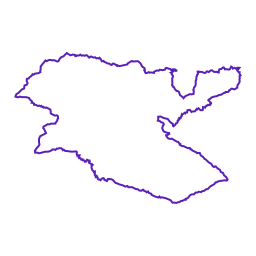 outline of Santo Domingo, Antioquia, Colombia
{"feature_id": "7082276B22533299830679", "entity_name": "Santo Domingo", "entity_type": "district", "adm_level": 2, "iso_a3": "COL", "parent_name": "Colombia", "parent_adm1": "Antioquia", "projection": "orthographic", "projection_center": [-75.13, 6.474], "detail": "fine", "context": "isolated", "style": "outline", "palette": "violet", "viewbox_px": 256, "rotation_deg": 0, "n_neighbors": 0, "source": "geoboundaries", "source_scale": "gbopen_adm2", "svg_char_len": 5740}
<svg xmlns="http://www.w3.org/2000/svg" viewBox="0 0 256 256"><path d="M239.4,67.8L237.2,67.7L236.3,68.9L234.7,67.8L232.9,68.6L232.4,67.5L231.2,66.6L230.0,69.0L229.1,69.6L225.9,69.1L225.0,69.4L224.0,67.6L223.3,67.3L221.4,68.9L219.5,69.2L218.8,70.5L218.8,72.5L218.4,72.6L216.6,71.8L214.3,72.0L211.9,70.3L210.6,70.5L208.7,72.1L207.1,71.3L204.9,73.1L201.5,71.8L199.6,72.0L198.3,71.4L197.6,71.6L198.0,73.9L197.1,74.9L197.1,75.6L196.5,76.6L196.2,80.0L195.7,80.6L195.7,84.6L195.0,86.4L194.1,87.5L193.3,90.1L193.8,90.8L193.6,93.9L191.6,94.4L189.9,94.1L185.3,96.2L183.5,98.2L182.6,97.0L180.0,95.1L179.0,92.0L177.9,91.1L176.5,90.9L174.6,88.7L174.1,87.3L172.9,86.7L173.0,86.2L172.0,85.1L172.4,83.6L172.2,78.6L173.0,76.5L172.7,75.3L171.8,74.5L171.6,73.6L171.9,73.0L171.0,72.6L173.2,71.4L173.8,70.4L175.6,70.9L177.2,70.6L175.8,70.2L174.8,69.3L172.5,69.3L172.3,70.3L171.9,70.3L171.1,70.1L170.3,69.1L166.2,67.9L165.6,68.2L165.1,69.5L162.8,70.2L159.7,69.7L158.7,70.7L156.6,70.5L154.0,71.9L153.9,72.9L150.9,72.4L149.8,72.7L148.7,72.1L147.0,73.0L145.7,73.1L144.8,71.6L144.9,70.8L144.2,70.2L144.8,69.4L144.5,68.1L142.3,66.7L140.3,63.1L138.0,61.2L132.7,61.5L132.2,61.2L132.0,60.3L131.9,60.9L127.8,63.3L127.4,64.4L119.7,66.1L117.7,65.6L117.4,65.2L116.9,65.3L116.9,65.8L116.6,65.7L116.2,64.8L114.6,64.3L114.0,63.7L112.6,63.7L111.7,65.0L110.4,64.6L109.5,63.7L107.0,63.3L106.0,62.5L104.2,61.9L103.6,60.9L101.8,61.3L100.6,58.9L99.5,57.8L98.9,58.5L97.8,58.1L96.4,58.4L95.2,57.3L93.6,57.6L91.2,56.5L90.3,56.7L89.8,57.5L89.2,57.6L86.9,55.3L85.9,55.2L84.7,55.8L83.2,55.3L81.6,55.7L80.4,54.6L78.6,55.6L76.9,55.4L76.2,56.1L75.3,56.1L75.0,54.9L72.8,54.6L70.4,55.3L66.7,53.1L63.4,56.4L61.4,57.0L61.0,57.7L60.0,58.3L58.5,61.1L57.9,61.5L56.9,61.4L54.0,60.1L52.6,60.4L50.7,59.9L48.9,60.0L46.6,61.2L45.5,60.4L40.7,66.4L40.6,70.0L40.2,70.9L40.4,72.1L38.6,73.1L34.8,73.7L33.6,74.7L32.5,74.2L31.6,75.8L29.5,77.3L28.7,78.5L26.9,78.8L26.7,80.9L27.6,83.0L26.7,84.8L24.5,85.4L24.1,88.5L21.8,89.5L18.6,92.8L16.4,94.2L15.4,96.4L15.5,96.8L18.0,97.3L20.2,96.6L21.5,97.1L26.4,97.2L29.2,98.0L29.6,99.2L32.0,101.4L31.7,102.8L32.9,102.9L34.1,103.7L34.0,104.7L36.0,104.9L38.0,106.0L39.3,105.6L40.7,106.4L41.4,105.9L42.3,107.0L43.2,106.8L43.6,107.6L44.1,107.4L45.7,107.8L46.4,107.5L47.9,108.2L50.3,109.6L50.6,110.5L50.8,113.5L54.2,115.3L55.0,115.6L56.9,115.3L57.9,116.2L58.1,118.5L57.4,119.2L57.2,120.8L55.5,122.8L55.4,123.6L50.8,123.7L49.4,124.4L47.8,124.2L43.5,126.7L43.2,128.0L44.3,129.4L46.0,133.2L40.2,136.2L39.0,138.8L39.0,142.4L39.5,144.3L38.7,145.9L36.5,148.3L34.9,150.8L35.2,152.7L36.7,152.5L39.4,153.3L44.7,151.8L48.7,151.6L51.5,150.4L52.3,149.5L53.8,149.4L55.5,149.9L56.8,148.6L57.7,148.7L59.4,148.1L61.5,148.3L62.9,150.2L63.7,149.6L64.9,150.8L71.8,151.7L76.2,151.4L76.9,152.1L76.7,154.0L77.3,155.7L77.7,155.2L79.6,155.3L78.8,157.7L79.2,158.3L80.5,158.2L81.3,159.7L82.6,159.3L82.8,160.3L84.2,160.4L84.9,161.8L86.3,161.5L86.3,160.9L87.0,159.7L88.7,160.5L88.8,161.3L89.6,160.8L89.8,161.5L89.4,162.0L89.3,163.0L91.9,164.2L91.7,164.9L92.5,165.1L91.7,165.9L91.5,167.4L92.1,169.7L93.5,171.2L93.8,172.1L94.9,171.6L94.8,175.1L95.3,175.8L96.0,175.7L95.9,176.7L96.5,176.3L97.1,176.4L97.0,177.2L97.7,177.6L97.6,178.7L98.4,179.5L99.8,179.5L100.5,180.2L102.2,178.4L103.4,178.1L104.0,178.5L104.5,180.1L105.6,180.2L106.9,181.1L107.4,180.6L107.6,179.2L108.0,178.9L111.6,179.3L112.7,179.9L115.8,183.1L116.8,183.2L119.1,184.3L123.0,185.4L125.2,186.6L127.5,186.0L128.3,187.2L132.2,187.2L135.9,189.1L137.7,189.2L139.3,190.5L141.5,190.7L142.4,189.9L143.4,189.7L143.8,190.7L145.9,191.5L146.6,192.3L148.1,191.5L148.8,192.9L151.3,193.8L151.6,194.9L155.0,196.5L158.4,197.5L159.4,196.5L160.4,197.7L162.1,197.3L166.0,198.3L170.6,200.2L172.5,202.7L174.2,202.6L176.2,202.9L179.9,201.8L181.0,200.9L182.4,200.9L184.2,199.9L185.8,199.7L185.7,198.8L187.7,198.2L190.3,195.0L191.8,194.4L193.9,194.3L195.7,192.5L197.5,192.5L198.8,191.7L201.1,192.1L202.1,191.2L204.0,190.9L206.2,189.2L207.7,189.1L210.5,186.3L214.5,184.0L215.5,182.4L216.5,182.4L217.8,181.5L220.4,180.9L224.6,180.3L226.6,180.6L227.4,180.2L227.6,179.6L226.2,177.1L224.1,175.4L222.9,172.8L220.8,172.0L219.9,169.8L217.8,168.6L215.6,166.4L215.0,166.3L214.1,167.0L213.0,166.5L211.2,163.8L208.8,162.4L205.5,159.3L204.3,158.7L203.5,157.4L200.6,155.2L199.8,153.0L198.3,152.9L197.0,153.2L196.5,152.4L192.3,150.5L191.4,149.4L190.3,149.3L190.1,148.2L189.2,147.9L187.9,148.2L183.7,146.2L181.8,146.0L179.8,144.8L180.3,144.0L179.3,143.4L178.2,141.9L176.9,141.7L171.8,138.6L170.5,139.0L168.2,138.4L166.3,136.0L166.1,135.2L167.5,135.0L169.3,133.9L169.2,133.1L167.4,132.9L163.6,131.4L162.2,128.2L162.9,125.7L163.8,124.6L163.6,123.6L163.0,122.8L160.7,122.0L159.9,121.1L157.8,120.7L158.3,119.0L158.2,116.7L160.4,116.5L164.0,118.1L167.8,119.0L169.6,121.4L171.6,123.2L172.8,123.8L172.9,125.8L173.5,126.3L175.1,125.0L175.9,123.4L176.8,123.2L177.7,121.8L177.6,120.9L178.2,120.6L178.3,119.7L178.8,119.8L178.9,119.3L179.4,119.1L179.3,118.3L179.6,118.4L179.8,117.9L180.6,118.1L181.5,115.5L181.6,115.9L181.9,115.8L182.1,114.5L184.4,113.1L185.0,113.4L185.1,112.6L187.1,112.5L187.4,110.2L189.9,109.9L191.5,112.0L192.3,111.5L195.0,111.3L196.6,109.0L197.1,109.5L198.5,108.2L200.5,110.2L202.4,110.2L202.8,109.8L203.0,107.1L205.1,107.6L205.4,106.5L206.1,106.3L206.5,105.5L207.5,105.5L208.0,104.8L209.8,105.2L210.5,104.2L210.3,103.6L211.1,103.4L211.0,102.8L208.3,100.2L209.1,99.3L210.6,98.6L211.2,97.7L212.7,97.0L217.5,95.9L218.6,95.1L221.2,94.7L223.4,93.2L225.2,92.7L225.6,91.9L228.0,92.0L228.6,91.6L229.2,90.2L230.1,90.0L230.8,89.1L231.8,88.6L234.6,89.4L237.3,87.6L237.3,86.2L237.9,84.6L239.2,82.9L239.7,81.2L239.4,79.5L239.8,78.5L239.5,76.2L240.6,75.4L239.5,73.7L239.6,72.2L238.6,72.1L237.2,70.5L237.3,69.8L238.4,69.2L239.4,67.8Z" fill="none" stroke="#5b21b6" stroke-width="2"/></svg>